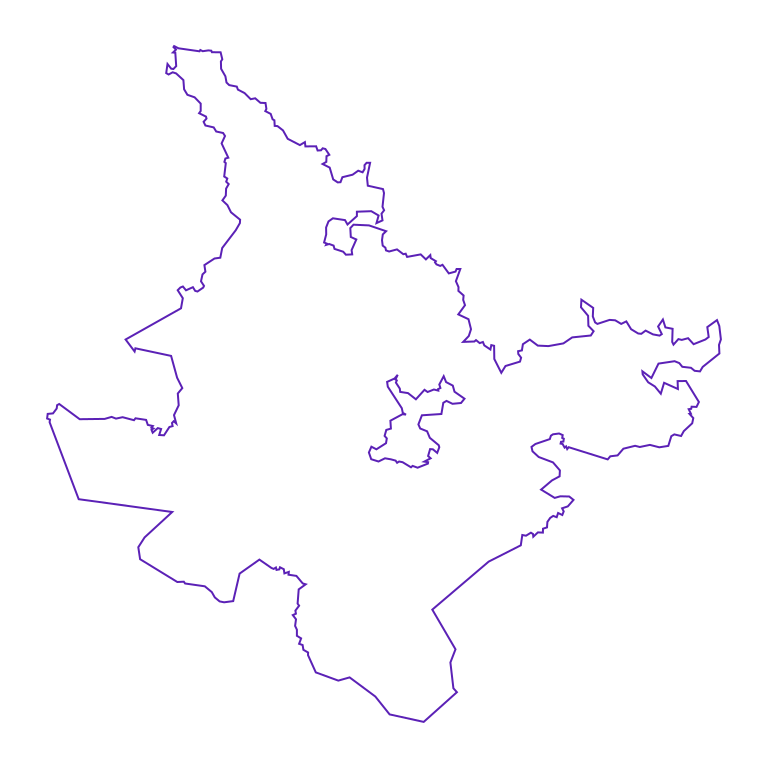 outline of San Juan Lalana, Oaxaca, Mexico
{"feature_id": "50627088B92037295978986", "entity_name": "San Juan Lalana", "entity_type": "district", "adm_level": 2, "iso_a3": "MEX", "parent_name": "Mexico", "parent_adm1": "Oaxaca", "projection": "albers", "projection_center": [-95.758, 17.512], "detail": "fine", "context": "isolated", "style": "outline", "palette": "violet", "viewbox_px": 768, "rotation_deg": 0, "n_neighbors": 0, "source": "geoboundaries", "source_scale": "gbopen_adm2", "svg_char_len": 6082}
<svg xmlns="http://www.w3.org/2000/svg" viewBox="0 0 768 768"><path d="M717.0,320.1L707.3,327.1L708.7,337.0L705.4,339.5L693.6,344.2L688.1,338.2L681.8,339.9L678.4,339.1L673.5,344.6L672.2,341.9L672.6,328.8L665.4,327.4L662.9,319.5L658.1,326.5L661.8,334.1L659.6,335.6L653.0,334.4L645.6,330.6L641.3,333.8L638.2,333.5L631.1,329.2L626.3,321.4L621.2,323.9L615.2,320.3L609.6,319.9L597.4,323.9L595.1,322.4L592.8,316.4L593.2,307.9L581.4,299.7L581.0,307.3L588.1,315.8L588.4,325.8L593.6,331.2L590.8,335.5L572.2,337.4L563.4,343.4L548.4,346.1L537.8,345.6L529.8,339.6L522.9,344.2L521.9,350.4L518.1,351.2L518.3,354.0L521.1,357.7L520.0,361.6L505.5,366.0L501.3,372.8L494.3,359.0L494.1,345.8L491.3,345.1L490.4,349.5L484.3,345.4L482.9,342.0L479.7,343.1L476.0,340.1L474.4,341.5L463.2,341.9L468.8,336.0L471.0,329.2L468.5,319.2L458.3,314.4L465.0,305.2L463.2,299.9L463.6,295.5L458.4,290.9L458.5,287.1L455.9,281.2L460.3,269.0L456.6,269.0L455.5,271.6L448.8,273.4L442.5,264.8L440.2,265.9L436.5,264.4L435.0,262.4L435.9,261.2L430.7,258.1L430.3,255.1L425.9,259.4L420.7,254.4L407.1,256.9L405.7,253.7L403.3,254.2L397.0,249.4L389.1,251.5L386.0,250.4L385.4,247.7L382.7,245.6L382.0,240.2L382.8,234.4L386.1,231.2L369.0,225.4L353.5,224.7L350.3,228.1L350.8,237.0L356.3,239.5L351.6,250.1L352.2,254.4L345.9,254.7L343.2,251.7L334.5,248.9L333.6,245.6L329.2,244.0L326.1,244.9L326.8,243.6L324.1,242.5L326.2,234.4L326.1,227.5L328.5,221.4L332.9,218.3L345.0,220.1L347.5,224.5L356.9,216.1L356.9,211.7L371.3,211.2L378.6,215.5L376.5,223.1L382.5,220.4L381.5,213.7L384.1,210.3L382.5,206.8L384.0,193.1L383.0,189.1L367.8,185.7L367.0,177.6L370.1,162.8L366.6,162.8L364.5,165.2L364.6,168.9L362.6,172.3L358.2,170.7L352.6,174.7L342.4,177.2L340.5,182.2L337.7,182.4L333.2,179.4L329.7,167.6L322.6,164.0L326.3,161.9L326.5,156.2L329.3,154.8L325.4,149.0L322.7,148.3L321.0,150.3L317.6,150.5L316.1,146.3L305.4,146.4L304.9,142.1L299.9,145.1L287.7,138.8L283.0,130.4L277.5,126.1L274.7,125.9L274.4,120.3L272.6,119.3L270.7,113.9L265.3,111.1L266.4,108.9L265.5,103.0L260.4,102.8L255.2,98.3L250.7,99.2L244.6,93.1L237.9,89.6L236.8,86.6L229.2,85.1L226.5,82.5L225.4,76.3L221.1,68.8L220.9,61.4L222.3,59.3L220.6,52.3L211.9,52.2L211.3,50.7L208.4,50.4L202.7,51.2L200.3,50.0L199.5,51.3L178.5,48.3L174.1,46.1L173.5,47.1L176.0,49.6L173.0,52.5L175.3,52.7L176.2,66.1L173.4,69.0L171.2,68.7L167.5,64.0L166.2,73.1L168.6,74.5L172.7,72.3L176.1,73.4L183.4,80.1L184.1,89.3L187.4,94.8L194.6,97.3L200.7,103.6L200.7,111.0L199.1,113.2L206.0,116.6L206.5,118.6L203.6,121.8L205.4,125.5L213.7,127.4L216.2,131.5L223.1,133.0L225.0,136.0L221.6,143.4L228.3,157.7L225.4,158.5L224.4,161.9L225.8,163.1L224.2,176.5L227.3,178.5L226.2,181.7L228.7,184.1L226.1,188.6L225.8,195.6L222.4,200.4L227.4,205.1L231.0,212.3L240.1,219.7L239.9,223.1L235.7,230.3L222.2,248.0L220.3,257.7L214.5,258.5L204.4,265.1L205.4,271.7L202.5,274.4L201.0,281.3L204.0,285.9L203.2,287.6L197.5,291.5L195.2,290.9L192.9,287.2L186.0,290.3L182.9,286.5L180.4,287.5L177.7,290.2L182.8,298.2L181.0,308.3L125.6,339.5L134.6,351.5L135.4,348.3L171.1,355.9L177.1,377.7L182.3,388.1L177.8,393.5L178.7,405.3L174.0,415.1L176.2,423.4L173.7,421.2L172.0,423.0L172.6,426.1L169.4,427.0L164.0,435.3L159.2,435.0L161.1,429.0L157.8,428.1L152.7,432.7L151.5,429.8L153.4,428.5L151.4,427.7L152.8,426.0L147.8,424.9L146.1,419.9L135.5,418.3L134.0,420.2L122.6,417.2L116.0,418.6L111.6,416.9L104.7,418.9L79.7,419.2L59.2,404.0L57.1,405.2L56.7,408.5L53.0,413.4L47.7,413.9L47.1,418.5L50.0,419.6L49.6,422.2L78.7,499.2L172.2,512.0L144.6,537.4L138.3,547.2L140.1,559.2L177.3,582.0L183.8,581.7L185.1,583.5L204.8,586.3L211.8,592.1L214.8,597.4L219.6,601.4L224.1,602.3L233.2,601.1L239.6,573.6L259.4,559.6L271.5,568.0L273.7,568.9L275.9,567.5L276.5,569.9L279.3,569.4L280.0,567.3L283.8,569.2L284.4,573.4L288.8,571.9L288.5,574.7L296.4,575.9L302.7,583.4L305.7,584.3L298.7,589.4L297.6,603.6L299.1,605.7L295.4,610.6L295.9,613.7L292.8,615.1L296.0,619.3L295.1,625.9L296.9,629.7L296.9,635.8L301.1,638.4L299.1,643.8L302.6,645.0L303.4,649.8L308.1,652.5L308.0,655.1L315.8,672.4L338.3,680.6L349.6,677.4L375.3,696.5L389.6,714.4L423.7,721.9L456.9,692.2L453.4,688.3L450.4,662.5L455.5,649.3L432.3,609.6L488.7,561.6L520.8,545.3L522.3,535.0L526.0,535.7L530.9,532.7L533.0,534.0L533.3,536.7L537.9,532.4L542.9,532.6L543.0,528.7L547.0,527.4L547.4,521.9L550.2,517.9L553.2,515.9L556.7,517.2L558.1,513.0L562.3,515.0L563.7,511.4L562.1,508.3L567.8,506.4L573.5,499.9L569.2,496.5L560.3,496.3L554.7,497.9L541.1,489.6L552.0,480.4L559.6,476.3L559.9,470.4L553.0,462.4L538.7,457.0L532.5,451.3L531.5,446.9L535.4,444.0L549.8,439.1L550.9,435.7L553.0,434.3L559.1,433.5L562.7,435.1L562.2,437.9L563.8,438.7L563.4,441.6L561.0,441.8L560.6,443.6L562.6,444.0L564.6,447.6L566.1,446.4L567.2,449.1L568.7,447.2L607.7,459.4L610.3,456.3L617.6,455.4L623.4,448.7L635.1,445.8L639.8,447.0L649.9,444.9L659.3,447.3L668.3,445.9L671.3,436.2L674.3,434.4L681.1,436.0L683.8,431.1L692.2,423.3L693.3,418.1L689.5,413.9L690.9,413.7L688.7,409.2L691.2,408.8L691.6,406.7L696.5,406.9L698.9,402.0L686.0,381.0L677.6,381.1L677.9,389.0L664.1,382.8L660.8,393.7L654.9,386.5L648.2,382.3L642.7,374.4L642.4,371.3L651.4,378.0L658.5,363.6L674.6,361.2L679.3,363.1L682.3,366.8L691.0,367.8L694.6,370.8L700.0,371.4L702.7,366.9L719.4,353.5L719.0,344.9L720.9,339.4L719.3,326.0L717.0,320.1ZM443.7,376.2L446.1,382.1L452.8,385.6L454.5,391.7L464.5,398.7L461.0,403.0L452.5,403.8L446.5,400.9L443.3,402.8L441.4,414.0L421.9,415.3L418.4,424.4L420.2,428.5L427.1,431.3L429.8,437.8L438.7,445.2L439.3,447.2L437.2,452.9L432.9,449.3L430.1,449.1L428.1,456.0L430.6,458.3L424.3,461.6L428.1,462.2L427.9,463.6L417.6,467.7L412.6,465.9L411.0,467.3L402.6,462.2L399.1,461.5L397.1,462.8L395.6,460.6L390.8,459.3L385.0,458.3L378.5,461.5L371.2,459.2L368.9,452.5L371.4,446.7L376.4,449.3L386.0,443.2L386.8,438.4L384.6,435.9L386.3,429.9L390.9,428.6L390.4,420.7L402.5,414.2L406.0,414.6L402.8,412.9L401.8,408.2L387.8,386.7L387.1,381.9L394.6,378.5L397.7,374.8L395.5,379.5L396.8,380.4L395.9,382.6L399.8,388.6L400.2,391.9L408.0,393.1L415.9,399.3L424.5,389.8L427.6,392.0L433.9,389.5L438.3,390.6L438.1,389.1L440.4,388.0L439.3,384.5L443.7,376.2Z" fill="none" stroke="#5b21b6" stroke-width="2"/></svg>